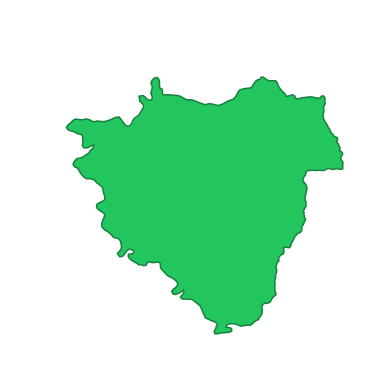 Martinho Campos, Minas Gerais, Brazil, rotated 286°
{"feature_id": "56859067B12080288578715", "entity_name": "Martinho Campos", "entity_type": "district", "adm_level": 2, "iso_a3": "BRA", "parent_name": "Brazil", "parent_adm1": "Minas Gerais", "projection": "natural_earth1", "projection_center": [-45.194, -19.388], "detail": "fine", "context": "isolated", "style": "filled", "palette": "green", "viewbox_px": 384, "rotation_deg": 286, "n_neighbors": 0, "source": "geoboundaries", "source_scale": "gbopen_adm2", "svg_char_len": 5089}
<svg xmlns="http://www.w3.org/2000/svg" viewBox="0 0 384 384"><g transform="rotate(286 192 192)"><path d="M109.8,140.4L111.1,142.9L112.9,144.1L114.8,144.6L116.6,145.3L118.9,146.3L120.0,148.5L119.5,152.2L116.7,152.5L115.5,150.3L114.8,148.1L112.8,148.3L110.6,150.4L109.5,153.3L108.9,155.8L108.4,158.0L107.3,161.2L108.2,163.0L107.8,165.4L108.8,168.1L110.8,168.3L112.8,169.1L113.2,173.3L114.2,176.2L115.6,179.1L114.6,181.2L112.5,181.9L110.2,182.8L108.8,184.9L107.6,186.9L106.5,189.0L105.1,191.1L104.4,193.6L104.0,196.5L102.7,200.2L100.7,203.0L98.6,203.8L96.2,203.0L93.9,201.1L91.0,199.9L88.9,201.6L88.8,204.0L90.1,206.1L91.7,207.8L93.5,209.5L95.3,210.8L93.3,211.9L90.6,211.1L87.7,209.8L86.4,212.2L87.3,215.1L88.0,218.2L88.7,220.9L88.2,223.3L87.3,225.3L86.1,228.2L84.8,231.2L82.9,232.9L81.0,234.4L79.1,235.9L77.1,237.7L74.9,239.3L74.4,241.8L74.0,244.1L73.6,246.5L73.4,249.5L72.8,251.8L71.2,252.9L69.1,252.4L66.8,252.4L64.2,251.6L62.0,253.0L62.8,255.7L64.1,257.6L64.8,259.8L66.0,262.6L67.2,266.2L69.3,268.5L71.7,267.6L71.9,265.0L71.7,262.0L73.8,262.0L75.4,264.1L76.3,266.2L76.8,268.8L77.0,272.0L76.4,275.7L77.5,278.1L78.6,279.9L79.3,282.3L80.4,285.4L83.2,287.0L85.5,288.6L87.4,290.8L89.5,291.3L91.4,291.9L93.2,292.7L95.5,292.7L98.3,291.9L100.8,290.7L103.1,291.0L105.3,292.7L105.9,295.3L107.6,297.4L110.8,298.1L113.6,299.0L115.7,300.8L117.5,300.8L119.1,299.4L121.8,298.3L124.6,297.5L127.5,296.9L130.0,295.8L132.2,296.2L134.2,295.4L136.3,295.2L138.6,295.4L140.9,294.7L142.9,293.3L145.5,293.3L147.9,293.4L149.6,294.6L151.4,293.8L153.3,293.6L155.8,294.7L157.4,296.7L159.2,296.9L161.8,296.2L163.5,295.2L164.8,297.4L165.2,300.8L166.9,301.9L169.0,301.5L170.7,301.8L173.1,302.5L176.7,303.0L179.3,304.1L181.3,305.1L182.8,307.2L184.5,308.0L186.6,307.9L188.7,307.1L191.4,308.0L194.3,308.2L196.3,308.9L198.7,307.3L201.0,305.9L203.0,305.4L204.6,304.3L207.5,304.9L209.7,305.6L211.8,304.9L213.7,304.4L216.0,302.6L219.2,302.1L221.6,301.9L223.6,301.8L226.6,301.7L229.0,300.7L231.0,298.9L232.7,296.2L234.5,295.1L236.8,295.4L239.4,296.2L242.6,296.2L244.6,297.4L246.2,302.3L247.0,305.9L247.9,307.9L248.3,310.4L249.0,312.9L251.2,315.0L252.6,317.6L252.3,320.4L253.4,323.0L254.5,324.7L254.5,328.1L255.7,330.5L257.7,330.0L259.9,329.4L262.3,328.9L263.7,327.0L265.7,325.4L268.5,326.0L270.3,326.4L271.7,325.1L272.4,322.3L275.0,322.3L276.9,320.6L278.9,319.1L279.9,317.2L282.1,317.6L284.4,316.7L284.5,313.6L285.8,312.2L287.6,309.1L290.0,307.3L291.9,305.1L294.0,303.1L296.1,300.7L298.0,298.9L300.0,297.4L302.0,297.0L304.2,296.5L306.8,296.4L309.0,295.1L311.1,295.2L313.8,295.7L315.9,294.7L318.6,294.1L320.5,292.5L320.1,290.2L317.7,289.2L316.8,286.5L316.6,283.9L316.5,281.4L315.9,278.8L314.9,276.6L314.1,274.7L313.3,272.6L312.4,270.8L311.0,269.1L310.4,266.2L312.8,263.9L313.1,261.4L311.4,259.2L309.9,256.1L312.1,254.4L313.5,251.5L314.9,249.1L316.9,246.7L318.8,244.8L320.6,243.9L322.0,241.6L321.1,238.5L320.0,235.1L320.9,231.8L322.0,229.1L321.5,226.9L319.2,226.4L317.9,224.1L316.2,222.7L314.4,222.1L312.6,221.3L310.2,220.8L308.5,220.1L307.6,218.3L306.7,215.9L305.7,213.7L304.4,211.3L302.8,209.5L300.5,208.6L297.5,208.2L295.3,207.5L292.9,206.4L291.1,204.1L289.2,201.3L286.6,198.8L284.7,196.8L283.5,195.2L282.5,193.4L282.2,191.1L282.2,188.7L281.8,184.6L280.5,182.2L279.6,180.4L279.6,178.1L279.9,174.3L280.5,168.5L280.4,165.6L279.6,163.7L279.3,160.6L280.1,157.3L280.9,153.8L280.6,150.1L280.1,148.0L279.6,145.8L279.2,143.1L278.3,140.4L277.5,137.9L278.7,136.2L280.4,135.9L282.4,135.2L283.2,132.2L286.0,131.2L288.5,130.5L290.4,129.8L292.5,127.2L291.7,125.2L290.2,123.8L288.2,122.7L285.1,122.7L282.3,124.8L278.9,125.2L275.5,125.2L273.3,127.1L271.5,128.0L269.2,127.6L268.4,125.2L269.1,122.4L270.4,120.8L271.2,118.2L269.5,114.7L267.2,115.8L264.9,116.7L263.8,118.8L262.4,121.4L259.9,121.9L257.5,121.4L255.0,120.6L252.0,120.0L249.5,118.3L247.1,116.4L244.8,115.5L241.2,115.2L238.1,113.6L237.3,110.8L238.8,108.2L240.2,106.4L242.0,104.2L244.0,101.3L242.6,98.0L240.9,95.8L239.1,94.0L237.8,91.9L236.2,89.8L234.9,86.4L234.3,81.9L233.0,79.6L232.4,76.5L233.2,73.6L233.2,71.0L232.5,68.9L231.0,66.6L230.4,63.0L230.1,60.1L228.6,58.3L226.6,57.1L224.1,55.6L222.1,54.3L219.8,53.5L218.0,54.8L217.3,57.6L217.4,60.3L217.2,63.2L216.4,65.5L216.7,67.7L216.6,70.4L214.5,71.9L212.1,72.5L210.5,73.3L208.3,73.6L206.3,73.9L204.7,75.7L205.2,78.0L206.4,80.3L208.6,82.4L210.0,84.6L208.0,84.8L206.1,84.2L204.0,82.9L201.3,82.2L198.7,80.1L196.2,78.0L193.9,75.5L192.5,72.2L189.6,70.7L187.7,70.1L185.7,70.1L184.0,72.0L183.6,74.5L182.8,76.4L181.1,77.9L179.4,79.6L178.2,81.2L176.6,83.7L175.7,86.6L176.7,90.1L176.7,94.7L174.7,97.7L173.5,101.0L172.0,104.2L170.3,105.6L168.3,106.4L166.1,107.7L163.6,109.3L161.4,110.3L159.7,109.7L158.1,108.3L156.0,105.7L154.0,104.0L152.1,104.1L150.4,105.0L149.3,107.0L148.5,109.1L147.9,111.3L146.8,114.0L144.5,114.6L142.3,114.3L140.2,114.0L136.9,113.9L134.1,114.7L132.4,116.8L131.3,119.0L130.7,121.7L129.9,124.0L128.9,125.7L127.9,127.5L126.6,129.2L127.0,131.8L126.8,134.3L125.1,136.8L122.6,138.0L120.4,139.3L117.5,139.6L115.8,138.9L114.1,138.2L112.5,137.2L111.1,138.5L109.8,140.4Z" fill="#22c55e" stroke="#15803d" stroke-width="1.5"/></g></svg>